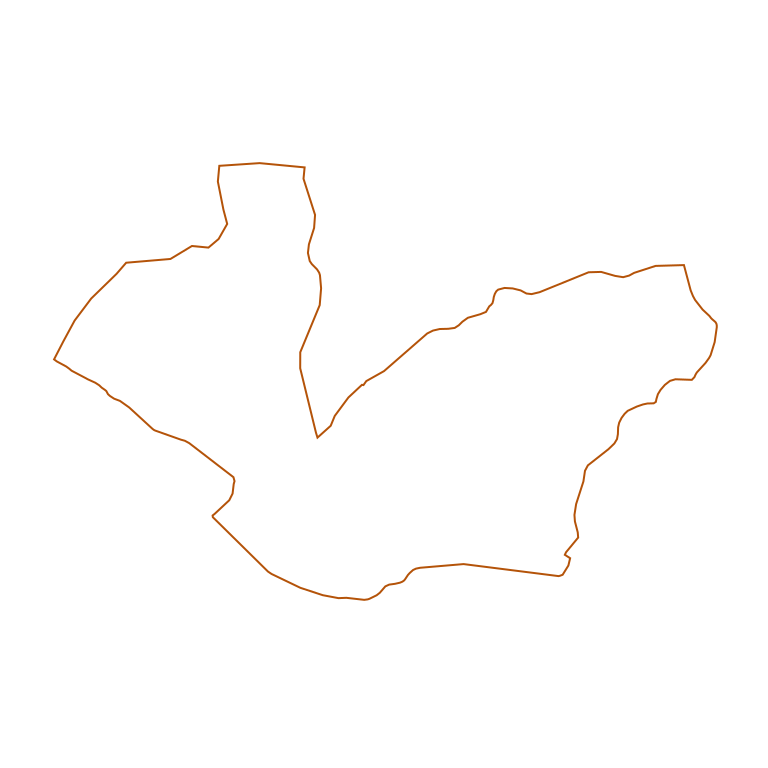 SVG path tracing the border of Mayo-Kebbi Est, rotated 92°
{"feature_id": "TCD-1486", "entity_name": "Mayo-Kebbi Est", "entity_type": "Prefecture", "adm_level": 1, "iso_a3": "TCD", "parent_name": "Chad", "parent_adm1": "", "projection": "natural_earth1", "projection_center": [15.507, 10.186], "detail": "fine", "context": "isolated", "style": "outline", "palette": "amber", "viewbox_px": 768, "rotation_deg": 92, "n_neighbors": 0, "source": "natural_earth", "source_scale": "10m", "svg_char_len": 2314}
<svg xmlns="http://www.w3.org/2000/svg" viewBox="0 0 768 768"><g transform="rotate(92 384 384)"><path d="M355.2,468.8L371.2,468.3L435.0,450.3L439.9,448.6L427.6,435.8L417.6,432.1L398.7,419.1L385.6,406.0L385.8,404.5L381.7,401.8L371.1,384.4L332.0,342.6L328.9,336.9L327.1,330.2L326.6,321.8L325.5,315.3L322.7,311.3L319.0,307.8L314.9,302.5L310.9,290.2L308.4,284.6L302.7,281.5L301.3,279.9L299.4,278.4L296.4,277.7L293.2,277.3L290.1,276.4L287.4,275.0L285.7,273.2L283.8,266.9L284.0,258.7L285.7,250.7L288.6,244.8L289.0,239.6L286.8,231.7L265.2,183.4L264.4,170.9L267.9,156.8L268.9,148.7L267.1,142.8L264.2,137.9L256.5,116.7L254.7,88.4L279.7,80.8L285.3,78.3L289.2,76.0L298.5,68.2L304.6,61.2L306.9,59.3L307.9,58.2L309.8,55.8L310.8,54.7L312.2,53.9L313.7,53.5L315.6,53.4L330.6,55.0L343.8,58.6L346.6,60.0L351.7,63.4L361.6,71.8L363.8,73.0L366.3,74.0L369.1,76.5L369.1,92.9L370.9,98.3L375.1,103.3L380.2,107.4L384.6,109.9L389.4,111.2L392.4,111.7L393.9,113.8L394.3,120.1L395.4,124.5L397.7,130.5L402.3,139.5L405.4,142.5L409.6,145.4L414.4,147.6L419.0,148.5L426.0,148.5L430.9,149.2L435.4,151.7L441.2,157.3L458.2,177.4L463.7,180.1L474.4,181.3L497.3,187.8L508.2,189.1L514.7,188.4L525.5,185.2L530.7,184.6L545.8,196.2L548.4,197.3L551.6,191.9L559.0,193.4L568.4,198.8L569.5,201.4L569.9,202.8L561.2,298.2L566.4,341.5L567.4,345.6L568.9,348.5L572.0,351.7L574.0,353.4L578.4,356.1L579.6,357.0L580.9,358.7L582.0,361.1L583.3,366.0L584.3,371.8L586.2,375.6L592.8,380.9L595.4,384.0L599.2,391.1L599.8,392.7L600.4,396.2L599.0,414.2L599.6,422.0L597.2,437.8L590.6,460.5L577.8,489.7L575.5,493.4L523.1,550.4L521.4,550.7L519.7,548.7L505.6,534.6L498.8,531.5L489.2,530.7L486.3,530.0L482.4,531.2L449.9,576.6L447.7,581.0L446.7,585.1L438.5,611.1L437.9,612.4L436.9,613.8L416.3,637.9L410.1,647.3L408.1,653.2L405.5,657.5L403.8,659.5L400.7,661.3L399.7,662.6L397.5,666.0L395.2,668.6L392.8,672.6L389.5,680.5L388.9,681.6L381.6,696.7L379.7,699.1L377.6,702.2L372.9,711.7L370.9,714.6L352.5,705.9L331.4,695.4L308.8,679.6L283.2,655.1L271.8,645.9L266.5,601.8L252.8,580.8L253.8,564.2L244.8,554.3L229.5,546.3L215.2,550.6L187.5,557.1L171.7,556.2L167.6,516.0L170.3,470.9L181.7,471.6L217.4,458.8L230.5,459.3L247.0,463.9L255.7,464.6L263.7,462.5L266.7,460.3L271.8,454.9L275.0,452.7L277.5,451.8L290.5,450.2L307.4,451.0L355.2,468.8Z" fill="none" stroke="#b45309" stroke-width="2"/></g></svg>